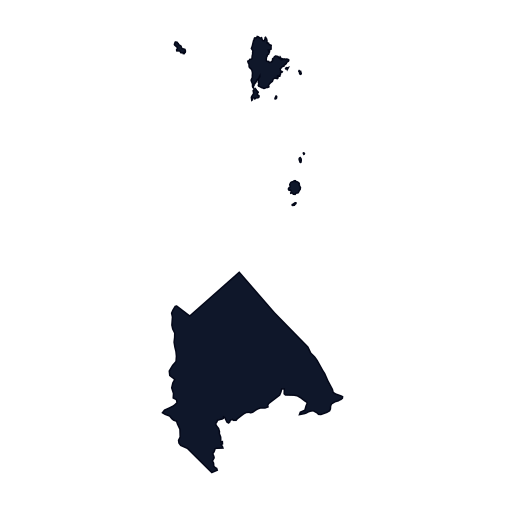 Kuala Nerus, Terengganu, Malaysia (Albers equal-area conic projection), rotated 4°
{"feature_id": "92858781B78340444844195", "entity_name": "Kuala Nerus", "entity_type": "district", "adm_level": 2, "iso_a3": "MYS", "parent_name": "Malaysia", "parent_adm1": "Terengganu", "projection": "albers", "projection_center": [103.024, 5.525], "detail": "fine", "context": "isolated", "style": "filled", "palette": "ink", "viewbox_px": 512, "rotation_deg": 4, "n_neighbors": 0, "source": "geoboundaries", "source_scale": "gbopen_adm2", "svg_char_len": 5876}
<svg xmlns="http://www.w3.org/2000/svg" viewBox="0 0 512 512"><g transform="rotate(4 256 256)"><path d="M227.0,475.1L232.3,472.4L231.6,470.6L230.4,470.1L228.6,468.8L228.1,465.5L226.8,463.5L228.3,460.3L227.9,458.7L227.0,457.1L226.8,455.7L227.7,454.5L228.3,452.7L228.3,451.5L229.7,450.6L236.4,449.9L235.9,448.6L234.3,446.5L235.7,445.8L235.4,443.5L233.9,444.0L233.4,439.1L231.8,435.7L231.8,433.7L230.7,430.7L228.8,428.6L227.7,427.0L227.7,425.4L228.6,424.2L229.0,422.6L231.8,421.5L233.4,421.1L234.7,420.3L234.8,418.7L236.1,419.4L238.7,423.8L240.3,424.5L241.4,423.3L241.7,421.7L243.9,420.6L244.8,421.5L247.6,421.3L248.7,419.7L252.6,416.2L254.9,414.2L257.2,412.8L260.0,412.4L261.6,412.8L263.6,412.1L266.4,409.8L268.3,408.5L271.0,407.3L275.6,407.0L278.5,405.7L278.1,403.9L279.0,402.2L289.3,393.1L290.3,390.1L291.0,386.7L293.5,386.7L293.7,391.5L295.1,392.6L303.6,392.2L307.0,392.6L310.6,394.4L314.8,397.2L316.9,398.3L317.3,399.5L316.4,402.0L315.5,406.4L311.1,408.7L310.4,411.2L315.5,409.8L317.1,409.1L319.1,407.8L321.4,406.9L323.9,406.4L327.8,408.2L329.4,409.6L331.8,409.6L337.5,407.1L340.2,405.3L340.9,403.4L340.9,400.4L341.6,398.3L345.0,395.9L348.3,394.7L349.4,393.8L350.6,393.3L352.1,391.9L352.2,390.3L350.5,389.6L345.1,388.1L342.5,386.7L341.5,383.7L336.3,375.4L332.7,368.5L330.4,365.4L324.3,356.0L321.6,352.7L317.4,349.1L314.1,343.2L278.3,311.4L240.4,273.4L194.1,320.5L180.3,311.4L178.9,311.9L176.9,315.8L175.8,318.9L176.9,322.7L176.9,330.8L178.0,334.6L180.3,338.5L180.5,342.7L180.3,347.7L181.4,352.4L182.8,356.8L183.6,361.5L183.6,366.8L180.5,370.9L177.5,376.8L178.3,381.2L183.6,384.8L181.9,388.4L181.1,393.4L183.3,398.9L183.3,403.4L186.6,404.8L187.5,407.8L185.2,410.3L183.9,411.4L180.2,413.6L175.5,416.1L173.6,418.9L176.4,420.3L181.1,421.7L183.3,424.1L185.2,425.5L188.3,426.4L189.4,429.1L192.2,434.1L193.0,441.9L191.6,445.2L192.2,448.0L194.1,450.2L201.0,452.7L227.0,475.1ZM244.1,38.1L243.9,37.7L242.9,37.1L241.9,36.9L241.7,37.6L240.9,38.5L239.7,38.4L239.3,38.7L239.1,39.2L239.2,40.5L238.6,40.9L237.6,46.9L236.9,49.3L238.6,51.5L238.4,53.6L238.6,54.5L238.2,56.7L238.2,59.3L237.7,60.0L236.0,60.3L235.5,61.6L234.2,62.2L234.7,63.8L235.6,65.0L235.9,67.5L236.3,68.4L238.4,70.1L239.0,71.1L239.7,73.6L239.7,76.6L239.9,78.1L238.9,80.6L238.9,81.3L240.3,84.2L240.6,85.4L240.6,86.7L241.1,88.1L241.6,88.5L241.7,86.3L242.1,86.0L241.6,85.2L241.8,84.7L242.2,84.2L242.3,84.7L242.6,84.6L242.8,84.0L243.6,83.1L243.6,82.4L244.0,81.9L244.5,81.9L244.9,80.0L245.5,79.7L245.9,79.1L247.2,76.1L247.3,77.0L246.0,79.4L246.0,80.2L246.5,81.1L246.6,81.7L246.3,82.8L246.9,84.2L246.9,84.6L246.4,85.1L246.3,85.6L246.8,86.4L248.6,87.0L249.8,87.7L251.0,87.6L251.3,88.1L252.0,88.3L252.8,88.2L254.7,87.1L255.4,87.2L257.0,86.5L257.0,85.9L256.6,85.2L256.9,84.1L258.4,82.2L260.1,80.7L260.4,80.0L260.7,78.4L262.3,77.2L264.9,77.6L265.5,76.9L265.5,75.9L264.8,75.7L264.9,74.6L265.9,74.5L265.9,75.1L267.2,75.0L267.4,74.7L267.3,73.5L267.7,73.1L267.7,71.4L268.1,71.1L269.0,71.0L269.4,70.4L268.8,70.0L268.1,70.0L267.4,69.1L267.1,67.4L268.3,66.4L268.7,65.4L270.7,64.6L270.7,63.9L271.0,63.4L271.9,62.9L272.0,62.3L272.8,62.0L272.9,61.4L273.3,60.5L274.8,59.4L275.1,58.2L274.7,57.8L273.0,57.3L272.4,57.5L272.2,57.9L271.6,58.0L271.1,57.4L269.9,57.5L269.6,57.9L268.1,58.3L268.5,57.4L267.9,57.2L266.5,57.7L266.2,57.2L266.6,56.2L266.1,55.6L265.5,56.9L264.7,56.6L264.1,55.5L263.8,55.4L261.6,55.1L260.4,56.0L260.2,56.9L258.8,58.1L258.8,60.3L258.2,60.7L258.1,61.2L255.9,62.1L255.7,62.0L255.1,61.0L254.2,61.1L253.0,60.9L252.5,59.6L252.6,56.9L253.2,55.7L253.4,54.5L254.6,53.6L254.8,52.3L255.2,51.5L255.2,51.0L254.3,50.9L253.9,49.8L255.0,49.7L256.6,48.6L256.4,45.6L256.5,44.8L256.1,44.6L255.5,44.7L255.2,44.3L254.6,44.2L253.7,43.2L253.7,42.8L253.3,42.7L253.0,43.0L252.5,43.0L252.5,42.5L252.0,41.8L251.9,40.0L251.6,39.8L251.5,38.8L251.1,38.5L250.4,37.2L250.2,37.1L249.8,37.7L249.9,38.9L249.6,39.3L249.3,40.6L248.0,40.7L247.6,40.5L246.6,39.1L246.7,38.5L246.3,37.8L245.1,38.5L244.7,38.1L244.1,38.1ZM290.2,179.0L290.2,178.2L289.6,178.1L288.7,178.4L287.7,179.2L286.1,179.8L285.5,180.4L284.7,182.2L284.7,182.9L285.4,183.6L285.2,184.8L284.4,185.3L283.7,186.4L283.7,187.2L284.3,188.1L284.6,188.2L285.8,187.8L286.5,188.9L286.7,190.2L286.2,190.6L286.3,191.0L287.5,190.6L288.2,190.8L288.9,191.8L290.8,191.8L291.4,190.6L293.5,190.1L294.3,188.7L294.5,187.8L295.4,186.6L295.5,185.6L295.6,184.6L294.3,182.7L294.4,182.2L293.9,181.8L294.1,180.9L294.0,180.4L292.3,179.2L290.2,179.0ZM167.7,54.4L166.5,51.8L164.1,50.5L163.7,49.5L163.0,49.1L162.3,48.2L160.6,48.1L160.2,49.0L160.2,49.7L159.8,50.4L160.1,51.2L163.0,53.5L163.1,54.6L162.4,55.7L162.6,56.9L165.6,56.8L166.0,57.0L166.7,58.4L167.6,58.5L169.0,58.2L169.3,59.2L170.3,59.1L170.3,57.6L170.8,57.5L171.2,57.7L171.3,57.1L171.3,56.3L170.8,55.0L170.5,54.7L169.9,54.9L169.4,54.5L167.7,54.4ZM245.6,91.2L244.7,90.8L244.7,90.3L244.4,89.8L243.4,88.9L241.7,91.1L241.6,91.3L242.2,93.5L242.2,94.3L240.7,96.9L240.3,98.0L240.9,101.0L241.6,100.4L241.6,98.9L242.2,98.4L243.1,98.4L243.9,99.4L244.9,98.3L246.9,98.1L247.9,97.2L247.9,96.1L247.6,95.8L246.2,95.0L246.0,93.3L246.8,92.8L246.6,92.1L245.7,91.7L245.6,91.2ZM294.0,159.6L294.2,159.4L293.8,159.0L294.4,158.5L294.5,157.8L294.3,156.1L293.3,154.7L292.9,154.9L292.3,155.6L292.3,156.8L293.4,159.4L294.0,159.6ZM292.1,200.1L291.3,200.1L289.3,201.7L289.1,202.0L288.6,202.1L288.4,202.6L289.3,203.1L289.8,202.7L290.8,202.7L291.1,202.0L292.2,200.9L292.1,200.1ZM286.8,68.5L286.1,68.0L285.8,68.5L285.9,69.1L286.6,69.5L287.0,70.1L286.7,70.6L286.9,71.1L287.3,71.6L287.9,71.7L288.4,71.1L288.4,70.4L287.7,70.2L287.8,69.5L287.6,69.2L287.7,68.7L286.8,68.5ZM264.8,97.9L265.5,97.0L265.5,95.4L265.1,95.0L264.8,95.0L263.9,97.4L264.1,98.0L264.8,97.9ZM274.2,67.8L275.2,65.7L274.3,66.1L273.4,65.9L272.5,66.6L272.4,67.0L272.8,67.4L274.0,67.2L274.2,67.8ZM296.6,149.8L296.1,149.8L296.0,150.2L296.6,151.3L297.0,151.1L297.2,150.4L296.6,149.8Z" fill="#0f172a" stroke="#020617" stroke-width="1.5"/></g></svg>